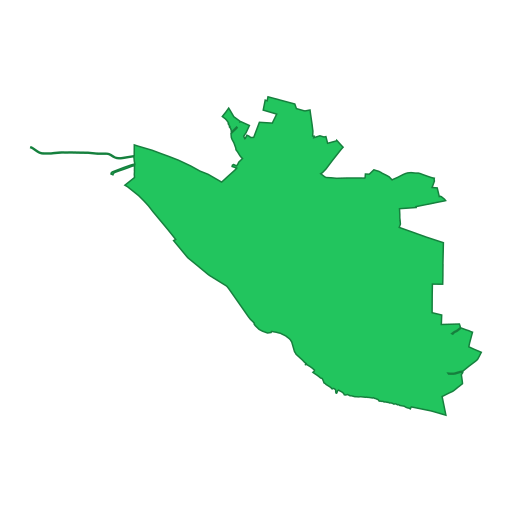 Ikšķile, Ikskiles, Latvia
{"feature_id": "27541924B16568384003346", "entity_name": "Ikšķile", "entity_type": "district", "adm_level": 2, "iso_a3": "LVA", "parent_name": "Latvia", "parent_adm1": "Ikskiles", "projection": "mercator", "projection_center": [24.5, 56.833], "detail": "fine", "context": "isolated", "style": "filled", "palette": "green", "viewbox_px": 512, "rotation_deg": 0, "n_neighbors": 0, "source": "geoboundaries", "source_scale": "gbopen_adm2", "svg_char_len": 6078}
<svg xmlns="http://www.w3.org/2000/svg" viewBox="0 0 512 512"><path d="M31.0,146.9L30.7,147.8L31.4,148.0L32.5,148.6L36.9,151.7L38.8,152.8L39.8,153.2L40.7,153.5L41.8,153.8L43.0,153.9L45.7,153.9L51.2,153.9L53.7,153.6L61.0,153.0L62.2,152.9L66.1,153.0L70.5,152.9L75.1,153.0L80.3,153.1L88.1,153.2L97.4,154.1L106.8,154.1L107.3,154.2L108.5,154.4L110.2,155.2L113.2,157.1L114.8,157.8L116.8,158.5L118.8,158.7L121.0,158.7L123.3,158.4L133.8,156.6L134.1,158.8L134.2,160.3L134.3,161.3L134.6,162.7L134.7,163.4L134.8,164.2L134.8,164.5L133.9,164.2L133.0,164.4L130.3,165.2L124.0,167.4L112.3,171.9L111.8,172.3L111.3,173.5L111.1,173.4L111.0,174.0L112.9,174.8L113.1,174.2L114.2,172.7L118.8,171.0L123.0,169.6L127.2,168.1L132.4,166.1L134.3,165.8L134.5,166.0L134.4,170.7L134.5,170.9L134.4,172.9L134.3,174.2L134.3,175.1L134.4,175.4L134.5,177.5L124.9,185.2L127.6,186.8L138.7,195.7L143.9,200.9L148.5,205.9L152.9,211.6L167.3,228.9L175.7,239.4L173.6,240.6L176.9,244.6L183.1,252.1L186.9,256.7L188.2,258.1L194.6,263.3L207.9,274.3L209.1,275.2L210.3,276.0L219.4,281.6L226.5,286.0L227.3,286.8L228.3,288.1L229.7,290.0L248.3,316.6L250.4,319.3L252.2,321.0L254.1,322.9L254.3,323.2L254.1,323.8L254.2,324.2L255.3,325.7L259.1,329.4L262.5,331.2L267.5,333.0L271.1,332.5L271.5,331.5L272.3,331.5L274.1,331.9L276.1,332.2L276.8,332.4L278.7,332.9L280.1,333.2L280.5,333.3L282.0,334.1L284.1,335.1L285.3,335.7L286.0,336.1L286.7,336.7L288.3,337.9L289.2,338.6L289.8,339.2L290.3,339.7L290.5,340.0L290.8,340.6L291.7,341.9L294.5,351.6L295.5,353.1L295.8,353.8L296.2,354.4L302.6,360.2L303.3,361.0L303.8,361.4L304.1,361.9L306.1,363.5L305.4,364.3L305.5,364.7L306.8,364.5L308.1,365.4L310.0,366.5L312.2,368.1L314.5,370.1L314.4,370.5L314.2,371.1L313.4,372.0L312.9,372.3L313.2,372.6L317.2,375.3L318.8,376.5L320.6,378.0L322.2,378.5L322.7,379.5L323.4,381.1L324.0,382.9L325.1,383.5L326.1,384.5L329.5,386.6L331.2,387.8L331.6,388.6L332.3,388.9L333.1,388.4L334.3,388.7L335.3,389.5L335.7,390.3L335.7,391.5L335.8,392.3L336.1,393.1L336.6,393.2L337.1,392.2L337.7,390.7L338.6,390.1L340.0,391.0L341.6,391.8L343.1,392.9L344.0,394.1L344.3,394.8L345.7,395.0L346.3,394.8L347.2,394.6L347.5,394.5L348.8,395.1L350.0,395.8L351.5,395.8L354.8,396.7L356.2,396.7L358.6,396.9L360.5,396.7L365.0,397.2L365.3,397.2L365.9,397.3L366.5,397.1L367.0,397.2L367.8,397.4L368.8,397.4L372.7,398.0L373.4,397.7L374.4,398.3L375.7,398.6L376.5,398.9L376.7,399.1L377.8,399.4L378.3,399.9L379.2,401.1L380.3,401.1L381.9,401.4L382.9,401.3L384.1,402.0L385.1,401.9L386.4,402.1L387.3,402.4L387.8,402.2L389.7,403.0L391.1,402.9L392.8,403.5L393.8,404.1L395.7,403.8L397.5,404.8L397.9,404.6L398.5,404.6L399.6,405.4L404.2,406.2L406.0,407.3L407.6,407.9L408.9,408.1L410.3,408.9L411.2,407.0L411.3,406.9L431.0,410.9L445.9,415.2L442.1,396.5L443.0,396.1L446.7,394.2L449.1,393.0L452.2,391.6L453.4,390.9L454.7,389.9L456.2,388.7L458.0,387.2L459.6,386.0L460.2,385.5L461.3,384.6L462.2,383.9L462.4,383.8L462.5,383.5L462.5,383.3L462.3,381.5L461.8,377.8L461.4,375.0L461.4,374.7L461.5,374.5L462.4,373.1L462.7,372.7L462.8,372.1L462.4,372.1L460.3,372.4L455.3,373.9L454.6,374.0L453.4,374.2L450.5,374.2L448.6,374.1L447.9,373.1L450.5,373.3L453.3,373.3L454.4,373.2L455.0,373.0L460.1,371.5L462.3,371.2L462.8,371.2L463.0,371.0L465.6,368.9L469.2,366.0L475.7,361.1L477.5,359.5L479.1,356.6L481.3,352.3L474.2,349.3L468.8,346.8L469.6,343.0L472.5,332.2L472.1,332.1L470.8,331.6L468.9,330.7L468.2,330.5L466.0,329.8L461.2,328.0L458.2,330.4L457.4,331.1L456.6,331.5L455.1,332.2L454.2,332.7L452.8,334.2L451.7,333.6L453.7,332.0L454.7,331.4L456.2,330.7L456.9,330.3L457.7,329.7L460.4,327.5L460.0,325.8L459.6,324.7L459.4,324.0L441.3,324.5L441.4,322.8L441.7,315.0L432.1,312.7L432.2,295.3L432.4,284.1L442.7,284.2L442.8,280.7L442.9,275.1L442.9,270.8L443.0,264.5L442.9,264.4L443.2,251.4L443.4,242.7L425.7,236.9L399.2,227.4L400.4,224.1L400.1,220.5L399.9,220.5L400.0,219.3L399.8,218.2L399.8,214.5L399.6,210.4L399.5,208.7L416.2,207.5L416.2,207.4L416.0,206.6L438.3,202.1L444.5,200.9L445.6,200.6L444.5,199.2L441.4,196.7L440.4,196.3L439.3,196.6L437.2,187.9L432.1,187.5L434.4,181.1L434.1,179.0L434.3,178.2L432.3,177.8L430.6,177.3L429.1,176.8L426.8,176.0L422.6,174.5L420.6,173.7L418.5,173.1L415.7,173.1L411.1,172.6L407.7,172.9L407.0,173.1L405.6,173.5L403.2,174.5L397.8,177.3L393.0,179.4L392.1,179.9L389.1,176.8L386.4,175.3L381.9,173.1L381.1,172.5L378.8,171.3L376.0,170.5L373.9,169.8L369.3,174.2L365.4,174.0L365.1,177.6L365.0,177.9L364.6,178.1L359.3,178.0L352.3,178.0L347.8,178.0L336.5,178.3L331.5,177.8L326.1,177.5L324.7,176.8L320.7,173.7L322.4,172.7L325.9,169.1L332.6,160.2L341.3,149.2L343.1,147.2L342.4,146.5L338.0,141.7L337.5,141.1L336.9,140.5L336.7,140.3L336.6,140.7L336.0,141.0L327.6,143.3L325.9,136.6L324.0,137.0L319.9,135.8L313.8,137.7L314.2,136.2L312.6,136.0L312.8,133.6L312.9,131.1L312.7,129.6L312.1,124.7L310.6,114.4L310.0,110.0L305.3,110.9L304.1,110.8L296.4,108.6L294.8,104.0L268.0,96.8L267.2,100.8L265.2,100.1L263.2,110.1L276.7,114.1L272.3,123.1L259.4,122.3L253.7,137.4L250.8,137.5L248.9,136.1L246.9,135.2L245.3,138.4L244.8,138.7L243.7,136.2L246.0,132.8L247.0,130.7L249.4,125.5L241.0,121.7L240.0,121.9L240.2,121.4L233.8,116.7L230.3,110.7L228.7,108.1L225.9,112.0L222.3,116.5L225.3,118.8L226.7,120.3L228.7,123.2L228.2,123.8L229.9,126.4L229.4,126.9L230.6,128.4L230.8,129.1L231.2,130.2L231.3,132.3L234.3,129.3L236.6,127.0L237.2,127.7L236.3,128.7L233.3,131.5L231.8,133.0L231.0,133.5L231.3,137.4L232.0,139.3L233.9,142.8L235.8,148.1L236.0,149.8L237.6,151.9L239.3,154.7L240.5,156.5L242.5,158.5L238.7,162.2L237.9,164.0L236.6,165.9L233.6,164.5L232.4,165.2L232.1,166.5L236.7,168.1L235.2,169.8L227.2,177.0L224.5,179.5L221.6,182.1L208.1,174.3L200.0,171.1L190.8,166.0L178.5,160.2L172.1,157.7L169.3,156.6L160.5,153.4L152.3,150.3L137.3,145.9L134.3,144.9L134.2,155.7L124.1,157.3L120.9,157.8L118.8,157.8L117.0,157.6L115.2,157.2L110.9,154.5L108.8,153.6L107.0,153.3L105.0,153.2L98.3,153.2L96.1,153.1L88.1,152.3L80.3,152.2L75.2,152.1L70.5,152.0L66.0,152.1L62.2,152.0L59.6,152.1L53.8,152.6L51.2,153.0L45.5,153.0L44.2,153.0L42.0,152.9L40.2,152.4L39.2,152.0L37.4,150.9L33.0,147.9L31.8,147.2L31.0,146.9Z" fill="#22c55e" stroke="#15803d" stroke-width="1.5"/></svg>